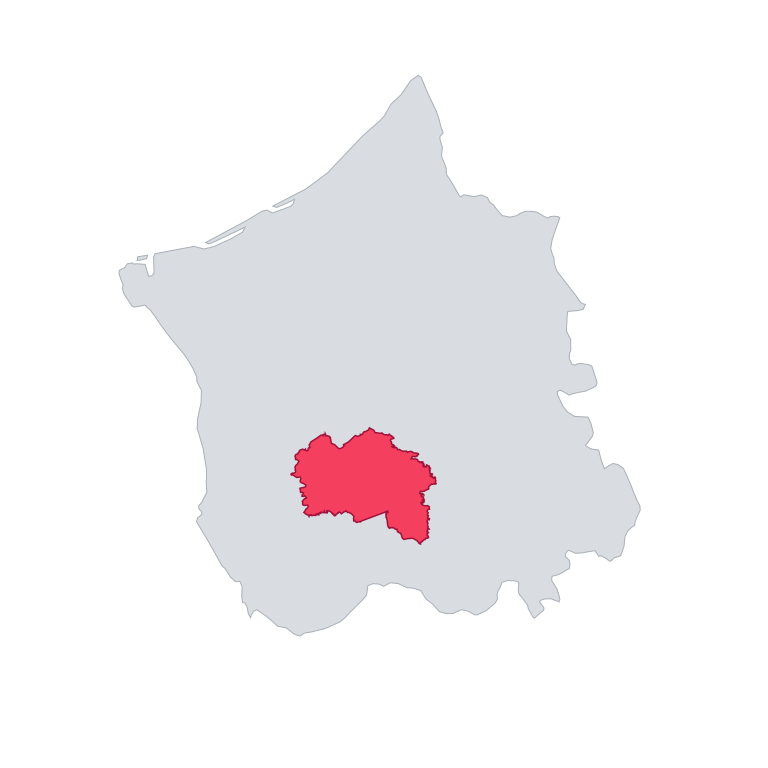 location of Hambol, Vallée du Bandama, Ivory Coast, rotated 158°
{"feature_id": "98640826B80955316471767", "entity_name": "Hambol", "entity_type": "district", "adm_level": 2, "iso_a3": "CIV", "parent_name": "Ivory Coast", "parent_adm1": "Vallée du Bandama", "projection": "natural_earth1", "projection_center": [-4.861, 8.622], "detail": "fine", "context": "in_parent", "style": "filled", "palette": "rose", "viewbox_px": 768, "rotation_deg": 158, "n_neighbors": 0, "source": "geoboundaries", "source_scale": "gbopen_adm2", "svg_char_len": 9738}
<svg xmlns="http://www.w3.org/2000/svg" viewBox="0 0 768 768"><g transform="rotate(158 384 384)"><path d="M204.6,158.8L206.8,158.7L212.5,156.8L217.6,152.5L222.4,143.4L228.9,136.1L236.2,136.6L238.4,135.3L241.0,135.0L244.0,139.8L247.1,143.5L249.3,143.6L250.9,150.5L264.2,153.4L269.9,155.3L274.7,160.3L276.4,160.5L278.4,159.4L280.0,157.6L280.3,155.7L278.3,151.2L279.2,147.1L281.3,143.4L284.8,143.2L289.9,142.1L295.9,142.1L300.3,142.8L302.1,139.1L300.4,128.8L300.9,123.1L301.6,118.4L303.2,116.4L309.8,122.4L315.9,124.6L320.2,124.8L321.4,123.6L319.6,117.1L320.1,115.1L321.7,114.0L324.5,113.3L332.2,110.6L333.0,111.1L334.4,121.5L333.8,124.9L335.4,131.9L337.4,138.4L337.2,141.1L335.6,145.1L333.6,148.8L333.8,150.3L336.9,152.8L342.8,155.4L348.9,156.0L352.2,152.2L355.8,149.2L358.2,146.4L359.1,142.3L362.9,139.3L374.0,135.6L384.1,135.0L386.6,136.2L391.1,141.9L397.0,145.8L405.8,145.3L412.2,147.7L417.8,152.0L421.5,161.8L425.6,168.8L427.4,178.8L433.8,184.0L438.8,186.4L445.7,193.7L452.8,197.4L460.1,196.5L463.5,200.3L469.0,203.0L474.4,203.2L479.2,194.8L485.6,191.5L501.6,184.8L508.0,181.8L514.4,179.9L529.8,179.3L544.2,181.3L551.3,182.9L556.2,181.7L560.9,185.7L565.7,194.1L569.6,196.7L573.6,199.6L576.6,206.2L580.1,212.7L582.0,215.6L586.3,222.1L590.0,222.2L593.6,219.4L595.2,217.3L595.9,221.6L594.5,228.5L594.8,232.7L596.8,234.4L595.7,239.8L591.5,249.2L591.5,254.7L595.7,256.5L598.7,262.3L600.5,272.4L602.3,275.7L602.5,277.8L605.6,302.1L609.4,326.5L607.0,329.7L603.7,330.6L601.6,331.8L601.0,334.0L602.4,337.4L601.5,340.4L597.4,342.5L588.5,350.3L587.8,353.3L585.5,359.9L583.5,364.0L580.6,371.4L576.0,391.2L574.3,407.6L574.0,412.6L572.2,416.2L570.2,421.2L560.5,435.3L555.6,446.8L556.2,451.7L556.5,456.7L555.0,460.4L555.3,470.1L556.5,478.2L558.2,486.1L565.3,508.7L568.9,522.3L571.2,533.3L573.2,540.8L575.1,543.8L575.9,546.6L586.4,548.7L588.4,550.3L591.3,564.7L590.8,571.2L588.7,573.6L588.8,579.1L588.3,585.9L586.8,588.6L581.0,589.0L577.0,591.6L571.7,590.5L571.2,588.9L568.4,588.2L560.7,584.4L561.9,571.9L558.3,571.4L555.6,573.0L550.1,588.0L547.4,590.6L508.7,582.8L500.3,576.6L490.2,575.2L472.7,575.9L458.2,577.8L454.1,581.5L490.6,579.3L494.5,579.8L496.4,582.0L450.2,587.0L432.5,589.9L427.3,589.1L423.4,584.3L404.2,583.7L400.3,585.3L397.9,588.8L405.5,588.1L417.4,587.9L420.5,590.6L383.3,594.1L357.5,600.8L346.5,605.8L310.5,622.2L288.5,629.9L282.8,632.8L272.8,640.8L259.9,645.8L245.5,655.3L236.7,657.4L234.7,654.4L234.5,638.4L233.3,617.1L233.8,608.9L234.9,601.2L235.0,594.8L239.4,592.5L240.5,589.8L241.2,581.5L245.3,573.9L245.4,560.8L246.6,558.0L247.5,554.5L245.8,545.9L243.5,529.6L242.4,528.5L241.4,529.2L239.1,529.5L230.1,523.9L223.1,522.9L218.2,518.1L217.9,512.7L215.5,509.4L213.9,503.1L211.4,495.9L204.6,491.5L198.1,490.4L193.5,491.3L188.1,491.1L182.0,488.6L177.7,485.9L173.7,480.6L170.0,476.3L167.0,476.9L163.3,475.8L159.8,473.9L158.6,472.4L173.6,455.5L178.7,447.2L179.2,442.2L179.3,437.1L181.0,431.9L181.4,423.9L173.2,394.9L171.1,385.9L168.9,383.3L167.4,382.3L171.6,378.6L177.4,379.6L186.3,382.5L188.2,379.6L194.9,365.0L194.7,359.5L194.1,355.8L198.0,345.8L201.1,341.9L202.8,337.7L202.3,332.0L199.9,329.9L196.8,330.3L193.1,328.9L187.5,325.6L184.6,322.7L185.5,309.4L186.0,305.3L188.0,303.0L191.2,302.3L199.9,301.9L207.0,303.4L213.2,304.3L216.6,304.3L219.3,308.2L222.8,312.2L226.0,312.2L227.1,309.2L226.4,296.2L224.3,289.2L219.6,282.6L207.2,276.9L207.0,269.0L208.2,260.3L210.9,257.1L220.1,251.7L218.5,248.7L215.5,245.6L209.7,242.4L211.1,232.1L211.4,222.9L206.5,223.9L201.4,224.5L197.2,221.6L193.6,216.1L193.0,200.7L193.1,182.9L192.4,175.1L193.8,170.9L198.1,167.0L202.9,162.0L204.6,158.8ZM566.7,590.8L564.7,594.2L554.9,592.0L557.3,589.1L566.7,590.8Z" fill="#d9dde1" stroke="#a8b0b8" stroke-width="1"/><path d="M395.1,331.0L396.0,331.7L396.4,332.3L396.2,332.8L397.4,334.2L397.9,335.5L398.7,335.4L399.5,334.9L399.9,335.4L401.0,336.2L402.3,336.5L403.9,338.5L404.2,339.4L405.1,339.4L406.3,339.8L408.9,341.5L410.5,342.2L410.7,344.8L414.0,348.8L415.4,347.3L419.1,346.8L420.3,347.2L421.6,346.6L421.8,346.1L422.7,345.4L423.5,345.7L424.2,345.4L424.8,346.1L425.4,345.1L427.4,345.3L428.4,345.6L430.0,347.0L438.6,343.6L443.9,342.9L444.2,343.0L444.5,342.1L444.1,341.6L445.9,340.8L448.2,340.4L449.3,340.7L450.3,341.3L452.5,346.3L455.0,348.7L453.8,354.7L454.1,354.8L454.3,355.9L455.1,356.6L456.0,357.3L456.6,357.4L457.4,357.9L457.0,358.9L457.1,360.0L457.4,359.4L458.1,359.3L458.8,359.9L459.5,359.9L459.9,359.6L459.9,359.1L460.4,359.7L461.8,360.2L465.9,359.1L473.4,357.7L476.4,355.3L476.3,353.1L477.5,352.7L478.0,353.0L478.2,352.9L479.4,350.9L480.3,351.0L481.3,351.5L481.2,353.1L482.5,352.6L483.8,354.1L487.0,354.1L487.7,353.6L487.8,352.9L488.6,352.7L489.2,352.2L490.0,352.0L490.4,351.4L491.6,351.7L492.4,351.5L493.2,350.8L493.6,350.1L493.7,348.9L494.3,347.1L493.3,346.7L491.9,344.8L491.8,344.3L494.6,342.1L496.2,341.6L497.4,340.6L497.7,340.3L497.8,339.0L498.6,337.6L498.5,336.2L498.8,335.7L499.3,335.3L500.6,335.1L501.3,335.2L502.0,335.6L503.6,335.5L504.0,335.3L504.0,334.3L502.6,333.9L501.2,331.7L500.4,330.9L500.2,330.2L498.3,329.5L497.2,329.6L496.6,329.0L496.4,328.0L496.5,327.4L498.0,325.7L498.3,324.6L497.6,323.4L495.7,321.6L494.4,319.5L494.9,318.4L495.9,318.0L500.3,318.8L501.0,318.8L501.2,318.4L501.4,316.4L501.9,315.3L502.0,314.8L500.3,314.1L499.5,312.9L499.9,312.4L501.3,312.1L502.1,310.7L501.9,310.4L500.4,309.9L499.4,310.1L499.0,309.4L498.6,307.7L498.9,307.2L500.4,307.5L503.5,306.0L503.7,305.8L503.8,304.3L504.5,303.3L504.5,302.5L504.1,301.8L502.8,301.1L500.3,300.3L500.1,299.3L500.4,298.4L500.8,297.9L503.3,297.3L505.1,295.6L506.4,295.0L505.1,292.5L503.1,290.5L503.1,289.3L502.2,290.1L501.2,289.8L501.2,290.3L500.9,290.2L500.8,289.9L500.4,289.9L500.5,289.2L500.2,289.0L499.7,288.8L498.9,289.0L498.7,288.7L496.4,287.7L495.7,288.8L495.3,288.2L494.6,288.2L494.4,287.6L493.5,287.1L493.4,287.5L493.6,287.7L493.6,288.4L492.8,287.9L492.4,288.1L492.4,288.5L492.1,288.5L491.2,287.8L491.0,288.7L490.7,288.8L489.8,288.5L489.0,287.6L488.7,287.7L487.8,287.1L487.1,288.2L487.1,287.2L485.1,285.7L484.7,286.0L485.0,286.6L484.5,286.6L484.5,287.2L484.1,287.5L484.2,287.8L483.5,287.8L482.7,286.7L481.7,286.2L481.4,285.3L480.9,284.9L480.6,283.3L479.9,283.3L479.7,282.8L480.1,282.6L480.0,282.1L479.4,281.6L479.6,280.7L479.1,280.3L478.8,280.3L478.6,280.7L478.1,280.2L477.3,281.0L476.8,281.2L475.6,281.2L475.3,281.3L475.1,281.9L474.2,281.8L473.7,282.2L473.1,281.7L472.1,279.6L469.3,280.4L467.7,280.3L466.9,280.8L465.8,278.4L464.6,278.2L464.1,277.3L463.0,276.3L461.6,273.1L461.5,272.4L462.3,271.4L463.3,268.6L463.3,268.4L462.4,268.6L462.2,267.3L461.1,265.8L460.5,265.7L459.7,266.0L458.2,265.5L458.2,265.2L457.8,264.9L456.7,265.4L454.0,265.4L428.2,264.7L428.2,263.7L428.9,263.7L429.1,264.4L429.9,263.4L430.5,263.2L430.3,262.9L430.6,262.2L431.4,261.9L431.5,260.4L432.1,259.7L431.7,259.2L432.0,258.4L432.0,256.9L433.5,251.8L433.6,249.5L432.9,248.1L432.6,248.1L432.2,248.7L429.9,247.4L429.4,247.6L428.7,246.7L428.3,245.7L427.9,245.5L427.9,245.1L426.3,244.3L426.7,243.0L426.5,242.4L426.8,241.9L426.1,241.3L426.0,240.8L425.4,240.1L424.4,239.5L424.7,234.3L423.9,232.6L423.4,232.3L421.3,232.1L416.7,230.8L414.8,229.9L412.0,226.3L411.1,223.1L410.6,222.6L410.4,222.0L410.1,221.9L409.6,223.4L408.9,223.2L408.2,223.7L407.2,223.7L406.9,224.1L404.6,224.6L404.2,224.4L403.0,225.3L401.4,224.7L400.2,225.0L400.0,225.7L400.1,226.7L400.8,227.1L400.5,228.1L399.8,228.5L399.6,229.2L399.0,229.3L399.7,229.8L399.7,230.1L398.7,230.5L399.2,231.4L398.4,231.9L398.3,232.6L397.8,233.0L396.5,232.6L396.6,233.1L397.5,234.4L396.5,235.1L396.8,235.9L396.5,236.8L395.4,238.6L395.8,239.2L395.4,239.5L395.6,240.0L395.4,240.6L394.9,240.9L394.8,241.5L394.1,241.9L392.8,241.2L392.5,241.7L393.7,242.1L393.8,242.4L393.7,242.7L392.8,242.8L393.6,243.8L393.7,244.1L392.2,245.2L393.0,246.3L391.2,248.0L391.7,249.5L391.7,250.1L390.3,251.2L388.7,250.9L388.7,252.2L387.9,252.9L388.3,253.9L389.1,254.9L391.6,255.7L393.0,256.8L394.4,259.2L394.2,260.2L392.8,259.3L391.9,259.1L391.1,259.5L390.9,259.9L391.0,260.2L391.7,260.0L392.3,260.8L392.3,261.4L391.7,262.2L390.7,261.1L390.2,261.1L390.1,263.6L389.7,264.5L391.4,265.4L391.0,267.3L388.7,266.1L388.6,266.7L389.6,268.0L391.3,268.5L392.0,269.1L391.9,269.6L390.0,270.9L389.1,269.8L388.1,269.9L387.0,269.5L384.8,270.0L384.1,269.8L383.5,270.2L383.0,269.9L382.2,269.8L381.6,270.3L381.3,271.6L380.8,272.2L377.3,273.4L377.1,273.0L376.4,272.7L375.3,273.0L374.6,272.2L373.4,271.9L373.1,272.1L373.3,272.3L373.1,273.0L373.2,273.9L373.1,274.2L372.4,274.5L372.1,275.2L372.1,276.1L371.4,278.0L371.5,278.5L372.0,278.7L372.7,277.8L373.6,278.7L374.3,278.9L374.4,279.1L373.8,279.5L373.5,280.3L374.7,280.8L375.7,281.5L375.3,281.8L374.0,281.8L372.8,282.3L373.1,282.9L374.0,283.0L374.9,283.7L374.9,283.9L374.6,284.5L374.6,285.0L374.2,285.3L374.3,286.3L373.8,286.6L374.1,287.3L373.9,288.1L372.7,288.0L372.7,289.1L373.3,290.1L373.3,290.4L372.9,290.5L372.9,291.0L373.8,291.6L374.6,293.0L375.1,292.8L375.2,292.2L376.0,291.4L376.5,291.9L376.9,291.7L378.0,292.1L378.0,292.6L378.5,293.4L378.2,293.8L377.4,293.3L377.1,294.0L377.7,295.2L377.2,295.5L378.0,296.3L377.4,296.5L377.2,297.0L377.3,297.3L378.8,298.0L379.3,297.9L379.3,297.4L380.6,298.1L380.4,299.0L381.6,300.0L381.2,301.4L382.6,302.6L384.7,303.4L385.6,304.2L386.7,304.5L386.0,305.0L385.5,305.8L384.7,306.2L383.4,305.6L383.0,305.1L381.6,304.6L381.1,305.0L380.3,304.8L380.0,305.5L378.4,305.7L378.3,306.3L378.5,306.8L380.4,308.1L382.1,308.8L383.5,310.8L384.5,311.6L386.9,312.0L387.8,311.7L388.0,312.8L388.5,313.5L389.6,313.5L390.3,314.2L390.9,314.2L392.8,315.5L394.2,317.5L395.9,318.1L396.1,320.2L396.3,320.5L396.9,320.8L397.5,320.7L399.0,321.5L400.2,322.8L400.1,323.1L399.4,323.1L398.1,322.2L397.4,322.4L398.0,324.1L399.5,325.5L398.8,327.2L399.2,329.3L398.5,330.2L395.3,329.9L395.1,331.0Z" fill="#f43f5e" stroke="#9f1239" stroke-width="1.5"/></g></svg>